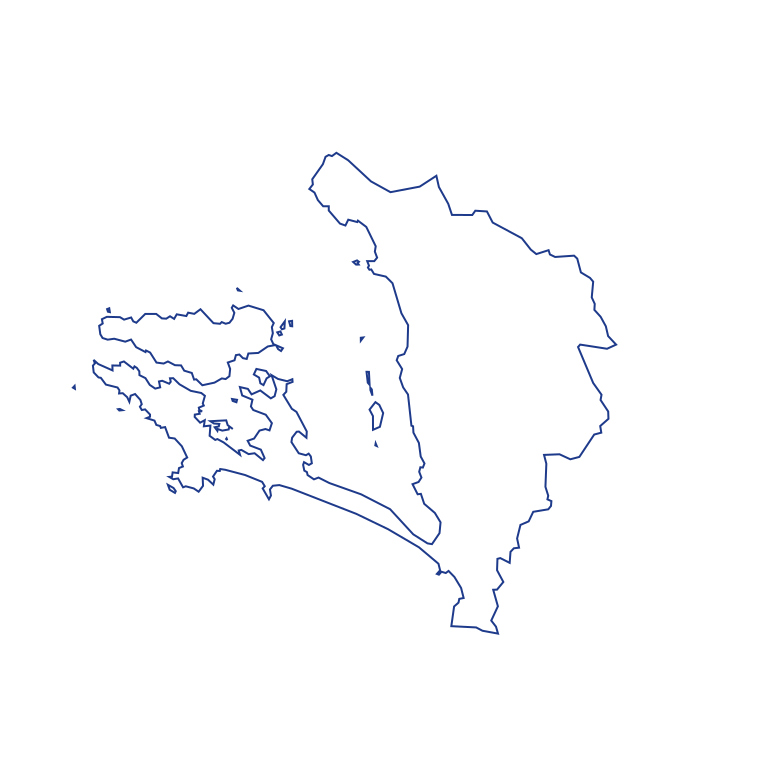 Van Ninh, Khánh Hòa, Vietnam (Equal Earth projection), rotated 133°
{"feature_id": "81297802B51561347842325", "entity_name": "Van Ninh", "entity_type": "district", "adm_level": 2, "iso_a3": "VNM", "parent_name": "Vietnam", "parent_adm1": "Khánh Hòa", "projection": "equal_earth", "projection_center": [109.333, 12.708], "detail": "fine", "context": "isolated", "style": "outline", "palette": "blue", "viewbox_px": 768, "rotation_deg": 133, "n_neighbors": 0, "source": "geoboundaries", "source_scale": "gbopen_adm2", "svg_char_len": 6186}
<svg xmlns="http://www.w3.org/2000/svg" viewBox="0 0 768 768"><g transform="rotate(133 384 384)"><path d="M447.4,161.7L443.1,174.3L434.5,181.8L432.0,180.2L429.1,170.1L420.5,177.0L415.6,177.0L411.6,173.6L406.2,181.3L394.0,188.1L385.8,184.5L375.7,187.7L363.6,178.4L359.3,178.7L355.5,181.7L356.9,185.8L353.7,187.7L349.1,195.8L331.6,210.9L326.7,218.6L315.7,207.7L312.0,196.4L304.1,191.4L277.6,195.8L271.4,191.9L267.3,197.2L256.4,196.1L251.2,201.3L248.0,214.7L243.5,217.6L240.6,231.7L224.6,267.3L221.4,267.4L206.1,244.9L196.9,241.1L196.1,252.8L190.5,261.1L187.1,271.4L186.3,280.7L181.7,284.5L179.0,291.1L166.5,300.8L165.9,305.7L168.1,316.1L160.5,328.2L160.5,332.5L174.4,345.5L176.1,351.0L173.9,354.9L185.1,361.2L185.6,368.3L183.4,382.6L191.8,414.6L187.6,426.4L195.0,435.4L200.2,434.7L214.0,449.6L208.4,459.9L202.5,478.2L196.0,487.7L215.3,492.5L239.3,510.1L244.7,531.7L244.8,562.8L247.4,576.5L252.8,577.5L254.2,580.6L257.7,581.7L264.9,578.6L283.2,576.1L286.6,572.1L292.3,571.6L291.4,565.4L294.6,557.8L295.5,549.7L291.7,545.6L294.8,542.7L296.7,525.6L294.4,520.3L288.2,522.2L283.8,514.0L282.3,514.5L281.2,504.1L288.9,484.0L293.4,481.0L296.3,475.2L300.8,474.9L305.6,480.1L307.7,475.7L309.8,475.2L310.4,472.6L308.9,471.4L310.3,466.4L304.2,455.9L304.5,446.5L320.4,419.5L324.5,406.5L340.6,392.3L348.3,389.6L353.8,392.7L358.0,390.9L360.7,380.9L368.8,376.6L373.4,367.7L375.3,359.3L395.8,335.5L395.1,333.9L399.5,329.3L403.3,318.3L412.0,307.7L414.5,300.2L418.6,298.6L420.1,300.6L424.2,298.4L426.9,292.8L432.1,291.9L437.8,294.8L441.7,284.2L439.2,282.1L444.2,272.9L443.6,258.9L446.6,248.3L455.2,241.7L468.4,239.7L470.9,243.5L474.0,260.1L471.4,294.1L480.3,325.5L493.7,356.4L497.1,368.1L501.5,370.2L502.7,377.8L501.0,380.3L501.7,383.2L498.3,388.0L495.7,389.2L494.4,383.7L491.2,382.7L486.9,388.1L486.3,391.6L489.3,392.5L492.8,399.1L489.6,412.1L485.9,414.6L478.5,415.3L476.8,413.8L476.2,404.1L471.4,408.1L464.1,429.0L465.0,434.5L460.6,450.2L456.3,450.2L450.5,455.1L444.8,452.3L443.0,454.3L448.0,456.7L452.6,465.0L454.2,472.3L461.3,459.1L467.5,455.7L471.7,457.0L473.1,470.1L481.9,473.8L480.4,480.2L484.5,487.3L489.1,479.9L485.2,469.5L491.2,466.0L492.2,461.9L487.1,449.5L489.1,439.3L496.0,436.1L497.8,440.0L503.0,443.3L512.5,441.8L518.5,445.0L520.3,439.9L516.0,429.3L519.6,420.8L522.2,420.6L522.9,431.4L527.6,435.2L529.5,443.4L531.7,444.9L534.0,441.0L536.1,461.5L537.9,468.3L540.0,469.3L540.8,476.2L532.8,482.6L537.8,486.9L532.7,490.4L537.7,492.1L537.2,500.0L535.4,501.5L531.5,498.5L530.2,500.7L528.0,498.4L528.9,501.5L527.6,503.3L522.7,501.1L521.8,503.3L514.8,506.9L515.2,511.5L520.8,520.7L523.7,533.4L523.5,542.1L525.8,544.4L527.8,541.5L530.3,541.3L532.9,548.4L535.6,550.3L539.1,545.4L543.4,548.2L544.4,554.7L542.4,562.5L544.3,568.9L541.6,571.6L540.8,575.8L541.3,578.5L543.8,577.8L544.9,589.6L548.4,591.5L550.5,589.5L555.7,595.3L559.2,591.8L564.3,606.6L564.4,612.8L566.1,609.5L569.1,609.4L573.5,604.2L573.9,597.3L572.6,595.3L574.1,587.0L568.3,576.5L569.1,573.1L571.6,571.3L568.9,568.8L568.8,562.8L570.7,558.1L565.3,561.3L561.1,559.2L561.8,551.3L564.0,547.4L567.1,547.0L568.2,543.4L565.5,541.4L565.9,534.3L567.5,532.8L570.9,534.4L567.3,526.9L569.2,522.6L567.4,519.0L568.3,517.3L564.8,514.7L569.9,504.6L566.6,499.9L567.4,489.4L572.0,477.8L576.1,478.9L579.8,478.0L581.5,474.8L585.3,476.6L589.5,473.8L592.8,478.3L596.3,475.9L598.4,477.7L597.4,473.2L593.5,470.2L596.6,460.5L594.0,459.2L590.1,451.9L589.2,446.1L581.9,446.9L576.2,452.7L574.0,447.4L574.0,440.2L569.1,442.9L568.3,445.9L561.4,447.0L559.6,444.8L557.9,445.8L555.0,441.6L545.3,423.5L538.7,406.4L540.1,401.5L543.1,401.5L546.8,389.5L542.7,390.6L538.9,395.5L534.2,395.9L529.3,391.6L523.5,380.1L497.9,315.8L487.4,282.0L479.6,247.1L478.3,221.6L482.0,215.9L486.8,215.8L486.0,213.8L482.1,213.9L480.1,209.9L476.7,209.3L477.1,200.9L480.6,188.5L486.2,179.8L489.8,182.4L493.1,180.4L498.9,181.0L515.2,169.6L499.2,150.6L497.3,143.7L488.8,130.4L485.1,136.6L483.9,144.2L468.9,149.1L460.0,163.8L457.3,161.1L447.4,161.7ZM435.8,494.6L430.8,490.9L428.3,497.0L422.7,499.9L418.9,504.8L414.6,506.2L412.2,522.4L419.1,536.6L428.4,541.6L429.4,547.9L432.1,547.3L434.0,542.0L439.6,539.2L444.6,538.8L447.9,540.9L449.4,544.9L451.8,545.0L455.8,550.2L454.5,569.2L462.1,570.6L465.4,575.9L469.1,574.9L474.4,583.1L479.5,581.9L480.4,586.7L484.7,587.8L487.5,591.2L488.1,598.4L495.6,606.4L508.1,606.9L509.2,610.1L507.8,614.3L514.2,618.0L515.2,622.7L523.9,632.5L529.0,634.5L531.6,631.0L535.7,632.0L541.1,625.4L542.3,621.2L540.0,616.3L534.9,612.2L529.5,602.1L524.0,599.3L526.1,590.4L523.3,580.2L521.8,580.9L520.5,576.5L523.5,565.0L519.3,559.1L514.9,557.4L512.8,549.7L508.8,545.1L510.5,539.2L507.0,532.1L510.3,525.9L508.6,524.5L508.8,516.0L498.6,508.9L490.5,506.4L488.4,503.2L483.7,502.4L477.9,506.8L474.8,512.9L468.6,509.5L463.9,512.0L461.1,509.9L461.3,504.8L459.3,501.5L454.2,504.0L447.0,497.1L435.8,494.6ZM418.1,357.8L405.8,364.8L402.5,373.2L403.1,377.9L412.6,377.1L415.0,370.2L425.0,360.8L418.1,357.8ZM467.0,471.4L459.9,473.7L456.2,472.7L454.9,479.1L460.0,487.6L465.8,485.7L464.5,479.7L467.8,474.9L467.0,471.4ZM520.6,468.1L520.0,463.9L520.7,470.3L518.2,474.6L529.6,485.6L528.9,481.5L525.5,477.2L527.7,475.9L531.1,478.3L531.9,473.9L530.3,474.9L528.4,470.5L523.2,466.6L520.6,468.1ZM605.1,473.3L607.5,468.6L606.2,462.6L604.4,463.2L603.6,467.0L605.1,473.3ZM387.0,405.1L394.1,396.8L394.4,394.0L385.4,403.3L387.0,405.1ZM413.0,498.4L413.6,496.0L411.3,494.7L405.8,499.3L413.0,498.4ZM315.7,485.8L313.9,484.0L313.5,485.9L311.7,485.7L312.0,488.0L315.8,489.8L315.7,485.8ZM419.0,497.3L419.9,493.7L417.5,492.4L416.2,495.6L419.0,497.3ZM430.1,481.8L426.8,482.3L429.3,489.4L430.7,485.2L430.1,481.8ZM402.9,496.2L405.5,492.0L404.4,490.5L400.5,494.3L402.9,496.2ZM499.6,483.1L498.0,479.5L495.8,480.7L498.6,484.9L499.6,483.1ZM518.1,637.6L519.4,635.2L518.4,633.5L516.0,636.6L518.1,637.6ZM396.0,391.5L397.7,389.8L400.4,384.5L396.3,389.2L396.0,391.5ZM583.8,561.3L583.9,559.5L581.6,557.5L582.4,560.2L583.8,561.3ZM414.1,557.2L415.2,554.7L414.0,552.9L414.1,557.2ZM598.8,609.0L598.3,606.8L596.4,609.0L598.8,609.0ZM366.0,432.5L368.1,430.5L364.1,430.9L366.0,432.5ZM433.1,349.6L434.8,348.5L434.3,347.0L433.1,349.6ZM531.1,462.1L531.9,462.0L531.9,460.4L531.1,462.1Z" fill="none" stroke="#1e3a8a" stroke-width="2"/></g></svg>